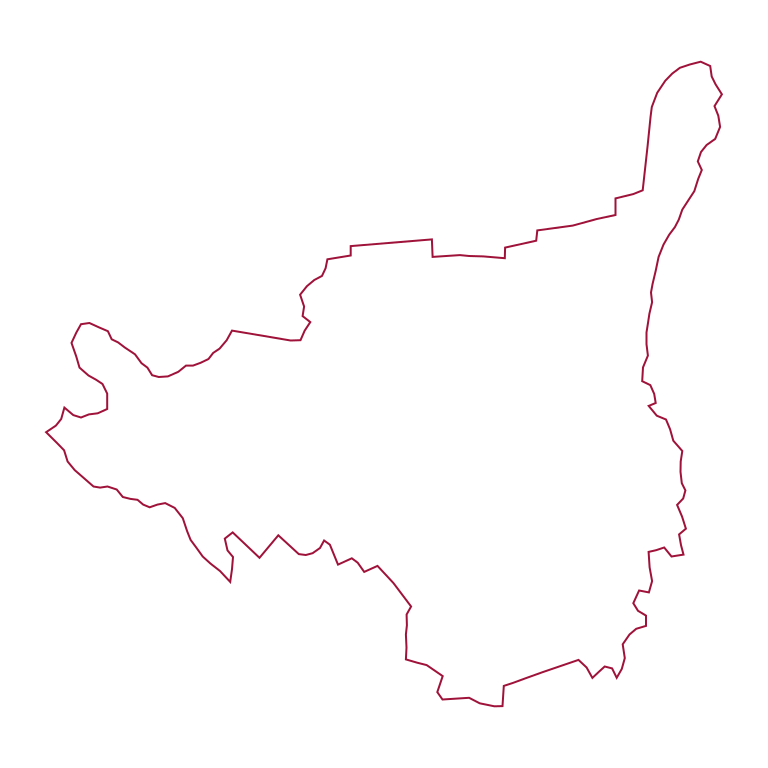 the district of Seara, Santa Catarina, Brazil
{"feature_id": "56859067B54105310759595", "entity_name": "Seara", "entity_type": "district", "adm_level": 2, "iso_a3": "BRA", "parent_name": "Brazil", "parent_adm1": "Santa Catarina", "projection": "equal_earth", "projection_center": [-52.347, -27.133], "detail": "fine", "context": "isolated", "style": "outline", "palette": "rose", "viewbox_px": 768, "rotation_deg": 0, "n_neighbors": 0, "source": "geoboundaries", "source_scale": "gbopen_adm2", "svg_char_len": 2699}
<svg xmlns="http://www.w3.org/2000/svg" viewBox="0 0 768 768"><path d="M694.3,191.2L698.2,178.9L701.8,170.0L697.8,161.4L701.0,152.0L706.6,145.0L715.2,138.9L720.1,126.9L718.3,115.7L714.5,106.1L721.9,94.3L715.6,84.4L711.7,76.5L710.2,66.0L700.7,61.7L689.8,64.5L679.9,67.8L672.3,73.5L665.3,80.7L657.2,92.8L651.8,107.0L650.6,116.4L647.6,145.9L642.7,190.3L633.2,194.1L615.5,198.4L615.5,215.0L596.8,219.0L572.7,225.6L537.3,230.4L536.2,240.7L505.1,247.6L504.8,258.2L483.3,256.4L469.1,256.0L459.9,255.1L432.6,256.9L431.9,239.4L350.7,246.1L350.7,255.5L327.4,259.3L325.6,268.2L322.0,275.9L314.3,280.0L306.9,286.2L300.1,294.7L304.1,306.5L302.6,316.1L310.3,322.1L304.7,330.6L300.5,340.2L290.6,340.5L232.0,330.6L226.7,340.2L219.6,348.6L213.2,352.9L208.5,359.0L200.6,362.8L193.0,365.6L186.0,365.6L178.3,371.8L167.9,376.4L158.8,377.0L152.1,375.2L147.4,367.6L141.5,363.2L135.0,354.3L124.8,347.5L118.1,342.4L111.7,339.3L107.9,331.2L99.3,327.5L89.4,323.0L81.0,324.2L76.3,332.6L71.5,342.9L76.3,356.6L79.5,367.6L88.5,375.5L96.2,379.8L102.5,384.0L107.2,393.6L107.2,409.0L97.7,413.3L88.9,414.4L81.0,417.5L73.3,415.1L64.4,407.6L61.2,419.0L55.9,425.6L46.1,432.2L56.7,442.7L64.1,450.3L67.6,461.5L74.7,470.1L93.5,486.5L100.1,487.6L107.5,486.5L116.7,489.5L122.8,497.0L130.5,498.9L137.5,499.8L143.2,504.6L149.7,507.3L157.4,504.6L165.2,503.1L174.7,507.9L182.8,518.2L187.1,531.1L190.6,539.9L196.6,548.0L202.7,556.5L210.4,563.5L220.0,571.0L230.2,581.9L232.0,569.2L233.0,557.0L227.5,550.4L224.8,538.6L232.7,532.4L259.5,557.8L278.3,535.3L289.1,545.2L298.8,554.1L305.8,555.0L312.6,553.2L320.0,548.0L324.1,540.5L329.9,544.7L338.0,564.6L351.8,558.3L357.7,562.7L364.2,571.9L377.5,565.9L393.4,583.0L411.1,606.5L406.6,614.5L406.9,625.3L405.9,634.5L406.5,647.6L405.9,659.4L417.2,662.7L426.7,665.1L442.7,676.1L437.3,692.1L442.5,699.5L469.1,697.8L479.7,703.3L494.4,706.3L502.5,706.1L503.8,685.9L512.4,683.1L525.5,678.3L542.5,672.2L578.5,659.9L586.6,667.5L592.4,677.9L599.0,671.7L604.7,666.5L612.1,668.4L616.7,677.8L621.8,668.9L624.8,658.1L622.7,644.3L629.5,634.5L636.2,628.8L646.0,625.9L646.0,615.6L638.0,610.8L633.3,603.2L639.1,590.5L648.9,592.4L652.1,581.1L649.6,567.3L648.6,551.9L656.1,550.2L664.2,547.5L671.5,556.5L683.5,554.6L681.0,545.1L679.1,534.4L685.9,528.7L682.1,516.7L677.1,504.9L683.2,498.5L685.4,490.4L681.8,483.2L680.5,471.8L680.7,461.5L682.3,451.0L673.3,440.7L670.1,429.3L666.0,419.5L656.8,415.7L648.7,405.9L655.7,403.0L654.2,393.9L650.3,385.1L642.2,381.2L643.0,367.4L647.9,355.6L646.5,344.2L646.5,332.4L648.0,323.0L649.4,313.7L652.1,302.2L651.0,292.5L652.6,283.8L655.7,270.8L658.6,256.9L663.5,244.6L669.2,234.7L674.9,227.1L678.8,219.6L682.3,209.6L689.0,199.3L694.3,191.2Z" fill="none" stroke="#9f1239" stroke-width="2"/></svg>